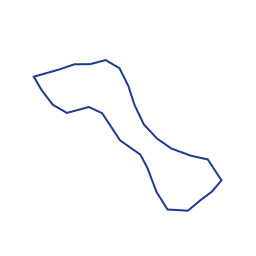 Ella Keryneias, Cyprus (Equal Earth projection), rotated 125°
{"feature_id": "46923920B40684211252077", "entity_name": "Ella Keryneias", "entity_type": "district", "adm_level": 2, "iso_a3": "CYP", "parent_name": "Cyprus", "parent_adm1": "", "projection": "equal_earth", "projection_center": [33.219, 35.339], "detail": "fine", "context": "isolated", "style": "outline", "palette": "blue", "viewbox_px": 256, "rotation_deg": 125, "n_neighbors": 0, "source": "geoboundaries", "source_scale": "gbopen_adm2", "svg_char_len": 486}
<svg xmlns="http://www.w3.org/2000/svg" viewBox="0 0 256 256"><g transform="rotate(125 128 128)"><path d="M83.9,169.3L85.2,185.3L97.3,195.5L106.6,208.5L118.6,217.2L140.0,234.6L146.7,220.1L152.1,202.7L150.7,186.7L133.3,172.2L130.7,157.7L142.7,127.3L142.7,102.6L149.4,89.5L164.1,67.8L172.1,48.9L161.4,31.5L145.4,27.2L132.0,22.8L117.3,21.4L108.0,44.6L114.6,60.5L120.0,80.8L120.0,98.3L116.0,117.1L105.3,136.0L93.3,151.9L83.9,169.3Z" fill="none" stroke="#1e3a8a" stroke-width="2"/></g></svg>